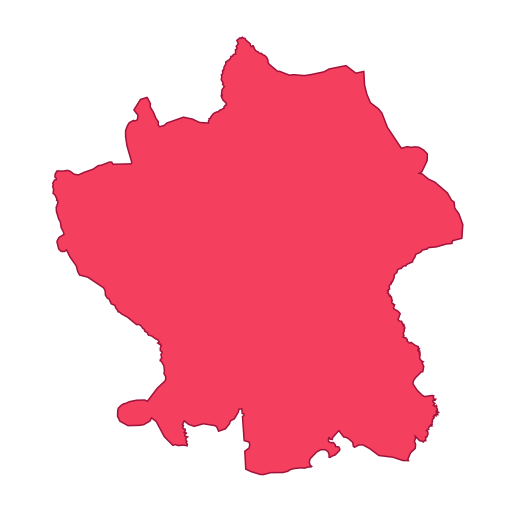 Wa Municipal, Upper West, Ghana, rotated 272°
{"feature_id": "2480657B26357719954092", "entity_name": "Wa Municipal", "entity_type": "district", "adm_level": 2, "iso_a3": "GHA", "parent_name": "Ghana", "parent_adm1": "Upper West", "projection": "natural_earth1", "projection_center": [-2.475, 10.039], "detail": "fine", "context": "isolated", "style": "filled", "palette": "rose", "viewbox_px": 512, "rotation_deg": 272, "n_neighbors": 0, "source": "geoboundaries", "source_scale": "gbopen_adm2", "svg_char_len": 5974}
<svg xmlns="http://www.w3.org/2000/svg" viewBox="0 0 512 512"><g transform="rotate(272 256 256)"><path d="M334.1,54.2L330.9,52.4L327.8,52.3L326.5,53.9L325.3,53.6L324.8,51.9L321.7,50.4L320.1,50.9L318.6,50.4L315.2,51.4L311.5,51.0L310.1,52.9L306.0,55.0L304.7,54.8L304.1,56.0L301.2,56.0L300.3,55.3L298.6,55.4L298.0,54.6L293.5,55.0L286.1,57.5L283.2,59.3L277.5,60.3L273.4,62.7L270.9,63.3L267.9,58.7L264.4,56.8L263.1,56.6L256.1,58.6L253.9,61.0L253.7,62.5L253.9,64.5L255.4,66.5L248.6,70.1L239.9,76.7L234.4,78.3L230.8,80.3L229.0,88.5L218.9,104.8L216.1,106.4L211.6,106.9L208.9,108.7L207.8,110.7L203.2,113.0L201.6,116.9L199.3,117.5L196.8,119.7L195.5,120.0L195.2,121.5L193.3,123.9L190.4,129.7L183.2,139.1L183.6,141.1L182.3,143.5L179.7,145.4L178.8,147.0L177.0,147.4L175.7,149.9L173.2,151.2L172.5,154.4L169.6,158.7L168.9,160.8L166.6,162.3L165.6,160.8L164.4,162.7L164.5,163.7L163.5,163.7L163.1,164.5L160.5,163.5L158.0,163.7L157.1,165.4L155.6,165.5L154.4,164.4L150.4,165.4L149.4,164.1L147.9,163.9L147.4,165.1L143.0,167.8L137.6,168.5L135.3,168.1L132.6,169.8L129.9,170.1L127.9,169.4L120.6,162.1L107.0,152.5L108.2,149.9L107.7,141.6L106.0,134.5L104.1,130.9L103.9,129.3L102.0,126.4L99.2,123.8L97.1,123.2L91.0,123.2L86.1,125.8L82.0,134.0L82.7,145.8L83.6,149.8L87.4,155.8L90.5,157.3L87.1,162.1L72.3,170.6L63.9,179.5L64.7,182.0L63.8,184.9L64.5,190.2L63.9,193.8L65.4,194.0L67.3,192.7L68.3,193.4L70.0,192.2L71.9,192.6L72.8,193.9L73.6,191.2L75.4,191.0L76.2,192.6L77.1,192.1L77.2,190.4L79.2,191.4L80.5,191.2L80.7,189.8L81.6,188.8L84.2,189.4L85.0,188.4L88.7,190.0L85.5,194.3L83.6,200.2L86.5,209.2L85.0,221.2L83.8,222.8L79.6,224.7L82.2,231.5L87.5,235.4L90.2,236.0L92.5,240.0L93.7,240.7L99.5,243.8L102.4,244.3L102.7,247.2L98.1,247.7L98.0,249.1L96.9,249.6L96.0,249.4L95.1,248.1L71.1,250.6L69.8,255.6L67.3,256.3L64.0,255.9L60.5,251.6L42.6,253.2L40.2,259.0L37.8,267.9L37.8,270.9L40.0,278.4L40.5,290.3L42.0,295.4L43.4,297.1L44.8,301.1L45.8,307.7L45.7,311.9L47.0,315.8L47.1,318.3L47.6,319.0L49.0,317.3L52.0,316.4L55.4,317.3L62.3,323.5L64.7,327.6L64.8,331.9L63.1,334.7L60.3,335.9L57.4,336.1L57.4,337.3L58.5,338.6L59.9,342.0L64.7,346.4L66.3,346.4L68.1,345.3L68.4,342.1L70.1,341.8L72.2,339.9L72.1,337.1L73.0,335.1L74.7,334.7L77.0,335.1L77.1,335.7L75.6,336.3L75.3,338.7L77.1,338.8L84.4,344.9L78.1,350.0L78.0,352.0L76.9,354.5L73.1,359.2L69.2,359.9L68.3,361.1L70.7,365.4L71.0,369.3L67.7,376.0L60.9,385.8L59.7,399.7L56.7,410.1L56.8,415.5L58.3,414.9L64.7,417.3L69.3,421.9L73.4,422.1L76.4,420.8L79.1,421.8L81.4,421.5L77.1,426.0L76.8,428.6L75.9,429.6L77.5,431.2L77.4,432.1L80.8,431.8L81.1,433.0L84.1,434.1L86.2,433.9L87.5,432.5L88.9,434.7L89.8,434.2L91.9,435.4L92.3,437.2L92.7,436.2L93.4,436.5L93.7,437.9L95.7,437.7L96.9,438.2L97.9,437.7L100.7,439.7L101.7,438.9L101.8,439.5L102.9,439.6L102.6,441.5L103.6,441.0L103.8,443.0L104.6,442.0L106.0,444.0L106.7,443.0L106.2,441.7L107.5,441.6L107.8,442.7L109.4,442.6L111.5,441.3L112.0,441.9L112.9,441.4L112.1,440.5L112.9,438.5L114.9,439.9L116.4,437.8L117.3,437.8L118.1,438.2L117.9,439.8L119.1,440.6L119.2,438.9L120.8,438.1L122.4,438.5L122.8,437.0L121.4,429.6L122.6,427.0L127.4,421.8L133.6,417.3L136.8,417.7L139.9,419.6L145.8,425.1L146.2,426.7L151.5,427.5L155.3,425.6L156.1,426.8L157.1,424.9L159.6,423.0L163.4,423.5L163.8,422.6L165.0,423.3L166.1,422.0L166.7,422.8L167.2,421.2L168.9,421.4L168.6,422.2L169.1,422.6L170.0,421.4L171.1,421.3L172.1,418.5L175.1,414.0L174.3,412.5L176.1,410.2L177.7,410.1L179.4,408.7L180.0,405.9L181.8,406.6L183.8,405.8L186.1,406.8L188.4,406.6L189.0,407.3L190.1,407.1L191.1,405.6L192.0,406.5L192.9,406.0L192.9,405.0L195.8,403.8L195.9,401.9L197.3,400.2L203.4,402.1L205.6,400.1L208.1,395.6L209.0,395.3L212.2,396.2L212.3,394.9L213.2,394.7L213.6,393.6L215.5,393.2L216.5,393.8L217.3,393.1L219.1,393.0L219.8,392.7L220.3,391.2L221.3,391.5L221.2,390.4L223.3,389.9L223.8,388.7L225.3,389.5L226.2,388.7L227.4,390.6L231.2,390.2L233.0,392.2L234.5,392.0L234.8,393.1L239.2,394.8L242.1,394.8L244.5,397.4L247.4,398.1L248.6,400.5L248.4,401.3L250.8,403.4L251.5,404.8L251.3,406.1L252.9,407.0L255.6,412.7L257.5,413.0L260.1,414.7L263.3,415.7L265.6,420.4L267.8,422.1L268.9,426.7L270.4,428.1L271.4,435.9L274.6,445.7L275.4,451.5L276.9,451.4L278.2,452.1L280.9,461.1L294.5,461.6L305.4,457.2L310.7,453.0L316.8,452.1L318.8,449.3L325.7,445.1L336.1,432.1L338.8,425.7L343.8,419.2L344.4,416.2L346.0,418.8L357.2,423.7L363.9,423.7L367.7,419.9L370.4,414.8L370.6,410.2L370.0,407.8L370.5,403.0L368.7,397.5L389.2,382.8L403.1,376.9L407.3,373.3L413.2,365.0L421.6,361.1L430.8,358.5L444.2,357.3L442.2,349.4L449.4,339.3L445.5,322.7L442.4,317.4L439.1,304.1L438.0,298.1L438.5,287.3L437.9,283.1L441.4,273.0L441.3,271.1L448.1,262.5L450.2,261.1L451.8,261.2L454.9,259.7L456.8,257.6L457.1,256.2L458.7,254.3L458.6,252.5L460.3,250.6L460.8,249.0L462.5,247.5L465.9,246.0L466.1,245.4L465.1,244.7L465.4,243.5L468.0,242.7L471.4,238.4L473.1,237.4L473.3,235.7L474.2,234.7L472.9,233.4L473.5,232.4L470.8,229.3L467.6,230.9L464.7,228.9L463.1,229.8L462.2,229.6L461.5,228.3L457.2,228.5L456.6,226.4L454.9,225.5L454.6,223.9L453.4,223.9L451.5,222.7L448.8,219.0L446.8,219.1L443.9,217.5L440.7,217.2L440.4,216.3L439.6,216.0L438.8,216.4L436.4,216.0L435.7,215.0L434.7,215.6L430.9,215.1L427.9,217.1L426.6,216.6L424.1,218.4L421.1,216.3L417.4,215.9L415.2,216.6L415.3,215.7L414.2,215.8L410.6,217.6L408.0,220.6L405.8,221.1L405.5,220.0L403.7,218.7L402.9,219.1L401.7,217.4L400.4,214.6L398.8,213.1L398.5,211.4L396.9,208.6L393.6,206.1L392.2,205.8L391.7,204.3L390.4,204.6L389.4,203.8L387.2,203.8L387.5,194.9L390.6,187.8L392.2,178.7L385.7,162.1L383.4,159.9L381.9,155.4L383.1,153.8L386.8,153.7L390.0,151.2L396.0,148.5L400.1,145.8L401.9,145.0L404.5,145.2L410.1,142.1L410.7,141.5L408.5,135.1L397.7,128.9L392.6,133.1L388.1,132.7L386.7,130.4L387.2,128.7L384.8,124.7L381.8,123.0L376.8,121.3L370.6,121.5L361.3,123.3L345.2,128.6L343.7,127.9L342.7,109.8L344.8,108.5L344.8,106.4L341.5,98.7L340.8,95.1L337.1,90.2L333.5,81.0L330.9,75.9L331.3,71.5L334.2,67.3L335.0,64.6L334.1,60.1L334.1,54.2Z" fill="#f43f5e" stroke="#9f1239" stroke-width="1.5"/></g></svg>